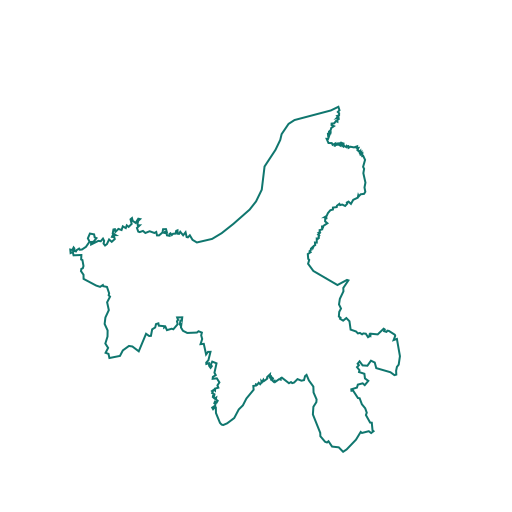 Phon Phisai, Nong Khai, Thailand (Equal Earth projection), rotated 22°
{"feature_id": "78962969B13361717862760", "entity_name": "Phon Phisai", "entity_type": "district", "adm_level": 2, "iso_a3": "THA", "parent_name": "Thailand", "parent_adm1": "Nong Khai", "projection": "equal_earth", "projection_center": [103.15, 17.983], "detail": "fine", "context": "isolated", "style": "outline", "palette": "teal", "viewbox_px": 512, "rotation_deg": 22, "n_neighbors": 0, "source": "geoboundaries", "source_scale": "gbopen_adm2", "svg_char_len": 6125}
<svg xmlns="http://www.w3.org/2000/svg" viewBox="0 0 512 512"><g transform="rotate(22 256 256)"><path d="M430.6,374.4L429.3,373.9L425.8,367.2L424.2,367.7L417.5,362.3L417.4,359.8L414.3,356.3L409.7,353.8L405.4,349.1L403.7,349.5L396.4,344.4L395.0,345.2L394.3,343.9L398.9,340.2L398.6,337.1L402.6,334.1L405.2,335.0L406.9,329.7L402.9,328.7L400.6,324.6L395.0,325.0L394.7,323.1L391.3,321.2L392.3,318.7L390.6,317.8L391.5,314.9L395.8,317.5L400.4,316.0L401.8,310.0L406.0,310.3L409.5,314.9L424.2,313.4L429.0,314.6L430.5,313.4L428.9,309.9L428.2,306.0L429.0,303.3L427.0,295.0L417.7,280.1L415.1,282.4L415.0,277.9L414.2,277.0L407.3,275.7L405.8,276.0L405.4,277.5L403.0,277.7L402.9,275.9L401.6,275.6L398.2,283.1L391.4,285.1L391.9,286.9L390.8,286.4L391.1,288.2L390.3,289.3L386.9,286.9L384.5,287.6L383.7,288.9L381.2,288.4L379.5,289.6L377.0,288.5L371.3,288.8L367.1,281.5L363.0,279.7L361.0,283.3L357.4,282.7L357.4,281.5L355.5,281.1L354.1,276.6L354.5,272.9L351.1,269.8L349.8,264.3L350.3,256.0L348.9,252.9L350.8,244.0L349.3,244.1L342.4,252.4L314.8,248.4L307.2,243.7L306.8,239.7L305.5,239.1L303.3,234.8L305.2,232.0L303.9,231.4L304.6,230.0L304.2,228.6L305.1,226.6L305.7,227.3L305.8,225.0L306.8,223.7L305.6,221.4L307.3,220.8L305.8,217.1L306.9,217.0L307.0,215.5L308.0,216.4L306.8,214.6L307.0,213.3L305.6,212.9L306.5,210.8L305.5,210.8L306.2,209.8L305.3,208.2L307.4,206.5L306.3,204.2L307.4,204.2L307.1,203.0L309.9,198.9L307.1,198.0L306.2,195.5L307.2,194.7L306.5,193.5L305.2,194.1L306.5,192.3L306.6,189.3L307.8,185.7L309.9,184.1L309.2,182.3L312.5,180.4L312.2,179.1L313.8,176.4L314.9,177.3L316.7,176.0L319.9,176.2L321.0,173.3L320.2,172.4L321.4,170.9L324.5,172.1L325.1,167.5L328.5,163.8L328.1,161.5L328.9,162.3L329.9,159.6L332.9,157.9L333.3,155.5L330.9,151.8L330.0,147.0L324.5,139.0L323.6,134.7L321.9,133.2L321.1,126.0L318.0,123.1L317.1,123.6L316.2,121.1L315.5,122.1L315.0,120.7L314.6,121.9L313.5,119.7L313.2,121.0L312.5,120.0L311.0,120.7L311.6,119.9L310.3,119.7L310.5,117.3L308.9,118.0L308.6,116.5L306.2,118.6L302.6,119.3L301.3,121.0L300.4,119.5L299.6,120.0L300.3,120.7L299.0,120.1L299.1,121.2L296.7,120.9L296.2,121.9L294.7,121.3L295.6,120.1L295.2,119.3L294.2,120.3L293.9,119.0L292.6,119.3L292.7,118.2L292.1,119.8L293.0,122.1L291.3,121.9L291.0,120.3L289.3,121.2L288.9,121.9L289.7,122.4L287.8,123.6L287.9,125.2L287.2,122.1L285.4,124.2L283.9,122.9L280.9,124.1L277.6,120.9L279.0,120.4L278.8,116.6L277.9,117.6L276.9,115.7L279.1,114.5L278.9,113.5L277.6,114.4L277.1,113.3L278.1,111.3L277.8,109.1L279.6,106.4L277.0,106.3L276.5,104.9L278.8,103.7L279.6,100.9L281.2,101.0L280.4,98.9L281.4,98.0L280.6,96.6L279.2,97.7L279.8,96.2L278.8,95.7L280.3,94.4L279.6,92.5L277.9,91.8L278.8,89.6L276.5,86.8L270.9,93.0L240.8,115.5L236.7,121.3L234.1,133.4L235.0,139.3L234.3,150.3L230.4,169.8L236.5,192.4L235.6,205.4L232.7,215.4L223.0,234.7L215.6,247.7L208.9,256.6L196.1,265.6L191.1,264.8L186.9,261.6L185.9,264.2L184.6,264.4L181.8,260.4L180.7,264.1L176.7,261.9L176.4,264.3L175.0,264.7L173.6,261.6L172.6,262.6L173.0,265.4L170.7,266.5L170.1,268.1L168.2,267.0L167.6,268.0L168.3,269.7L165.7,270.2L164.6,268.5L162.3,268.9L162.5,267.8L164.4,267.3L162.5,264.8L159.8,266.0L160.5,269.2L158.4,273.2L156.5,274.0L154.5,271.1L153.2,272.7L148.1,272.9L144.8,276.1L141.8,275.1L139.2,277.4L137.7,277.5L135.1,274.6L136.7,271.1L134.9,271.8L134.1,270.6L133.6,267.6L134.7,265.2L132.9,265.5L132.0,270.4L128.5,269.6L126.8,267.3L125.9,269.0L128.7,272.8L127.0,276.7L124.7,276.0L124.8,278.9L121.4,278.4L121.6,282.3L118.3,282.4L116.6,286.3L115.1,284.0L113.9,284.8L114.7,288.7L118.1,289.2L115.4,290.4L115.3,292.2L117.5,291.6L118.7,293.2L116.9,296.9L113.6,295.7L113.3,300.8L112.1,302.8L110.0,301.6L109.5,298.8L107.6,297.2L106.5,300.5L104.2,301.0L98.8,307.1L97.8,304.8L100.0,303.7L101.4,299.2L99.4,299.1L97.8,296.6L93.6,297.4L93.5,302.6L96.3,305.1L94.9,311.2L92.2,315.2L90.3,316.2L89.2,315.4L87.3,318.1L87.5,319.9L86.6,318.6L85.0,320.2L84.7,317.0L83.7,316.4L83.5,319.2L81.4,319.6L83.0,322.7L84.6,321.0L86.6,323.7L93.7,320.5L95.2,324.7L96.6,324.8L99.8,329.9L100.0,332.2L98.9,333.4L99.4,335.6L103.1,338.0L104.7,341.8L119.0,343.3L123.0,343.0L124.9,340.3L125.7,341.2L129.4,340.5L133.8,345.6L134.1,347.6L135.9,348.4L135.3,354.7L139.8,361.3L139.4,369.4L141.1,375.7L146.3,380.6L148.5,386.3L149.1,393.6L153.3,396.6L152.8,402.1L155.9,402.0L158.3,405.5L167.3,399.6L167.9,393.4L171.9,387.0L175.3,386.2L183.0,388.3L183.2,369.3L186.9,370.2L188.5,369.4L187.2,362.9L189.3,360.0L188.8,356.6L190.7,355.0L192.0,357.0L197.4,355.4L197.7,356.6L198.5,355.5L201.2,358.1L205.1,355.0L206.8,354.9L208.9,348.6L207.2,346.1L207.7,344.5L205.9,342.5L210.6,340.5L211.5,343.8L210.1,344.1L211.0,347.8L212.0,348.6L212.4,347.4L213.2,350.4L216.3,352.7L221.1,353.1L229.9,349.1L230.9,347.3L234.5,347.3L234.9,350.1L237.2,353.1L237.6,358.5L240.5,357.0L246.6,366.0L247.4,362.9L249.7,361.9L250.9,370.4L249.8,373.5L250.4,374.7L252.5,373.0L253.7,375.4L255.8,376.7L256.3,374.7L254.8,373.6L255.0,370.3L259.6,370.3L261.2,379.8L263.3,381.5L261.3,384.2L261.8,386.1L265.5,384.1L269.4,386.9L268.7,390.4L270.4,392.2L267.7,394.3L268.4,396.1L267.1,395.7L265.8,397.7L266.8,398.1L266.7,399.5L269.3,399.8L269.6,401.9L268.6,401.9L268.8,402.9L271.0,403.7L272.1,402.2L272.5,404.0L274.7,404.6L274.4,406.6L272.5,406.4L272.5,408.1L273.8,408.3L274.2,410.1L272.2,413.0L273.6,414.1L274.4,411.8L275.5,411.5L277.7,416.6L285.1,424.2L287.3,425.2L288.9,425.0L291.9,422.0L296.5,414.4L297.5,404.7L299.8,399.4L300.5,391.7L303.9,380.9L302.2,377.5L304.5,376.1L304.1,375.0L305.4,374.9L306.0,372.5L307.9,373.3L308.5,371.2L307.9,370.0L308.9,370.5L309.2,368.0L310.2,369.0L312.2,365.8L311.7,364.0L313.3,360.5L314.2,363.3L315.1,362.2L316.0,364.3L316.9,362.8L317.7,363.3L317.5,365.2L319.6,366.0L320.1,364.8L320.9,365.7L323.6,361.5L325.2,361.4L324.7,360.0L325.5,359.1L334.2,361.6L335.7,359.8L337.2,360.3L338.7,359.1L340.6,354.6L344.8,354.6L347.0,353.1L346.5,349.0L347.4,347.3L351.7,351.6L358.1,355.6L360.5,361.0L365.9,366.3L366.7,368.9L365.7,374.3L368.1,381.6L381.8,395.9L383.2,399.0L389.7,402.4L391.7,402.3L392.6,400.6L397.9,404.2L404.4,402.4L410.1,404.9L412.5,401.4L417.5,388.9L419.0,379.9L420.5,380.4L426.2,376.2L429.1,377.0L430.6,374.4Z" fill="none" stroke="#0f766e" stroke-width="2"/></g></svg>